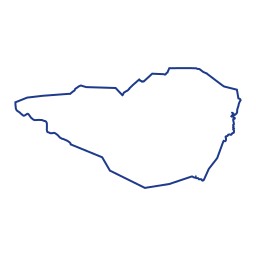 outline of Yocon, Olancho, Honduras
{"feature_id": "27666195B97236146307678", "entity_name": "Yocon", "entity_type": "district", "adm_level": 2, "iso_a3": "HND", "parent_name": "Honduras", "parent_adm1": "Olancho", "projection": "natural_earth1", "projection_center": [-86.786, 14.955], "detail": "fine", "context": "isolated", "style": "outline", "palette": "blue", "viewbox_px": 256, "rotation_deg": 0, "n_neighbors": 0, "source": "geoboundaries", "source_scale": "gbopen_adm2", "svg_char_len": 5246}
<svg xmlns="http://www.w3.org/2000/svg" viewBox="0 0 256 256"><path d="M70.7,144.4L102.2,157.3L109.9,170.6L144.9,187.9L169.3,184.0L191.4,176.6L191.9,176.5L192.5,176.6L193.3,177.1L193.5,177.2L194.1,177.5L195.0,177.6L195.6,177.6L195.8,177.2L195.9,177.5L196.0,177.7L196.2,177.9L196.3,178.1L196.6,178.1L197.1,178.1L197.6,178.2L197.9,178.2L198.0,178.2L198.1,178.3L198.6,178.8L198.8,179.1L199.0,179.2L199.1,179.3L199.3,179.3L199.8,179.2L200.6,179.2L201.0,179.2L201.3,179.3L201.5,179.4L201.6,179.5L201.8,179.9L201.8,180.0L202.0,180.2L202.1,180.4L202.3,180.5L202.5,180.6L202.9,180.6L203.1,180.5L203.4,180.2L203.6,180.0L203.9,179.8L208.8,168.9L217.2,158.1L223.1,142.0L223.2,141.7L223.7,140.9L224.1,141.1L224.5,141.2L225.1,141.2L225.3,141.1L225.5,140.9L225.7,140.7L225.8,140.5L225.9,140.2L225.9,139.9L226.0,139.3L226.0,138.8L225.9,138.6L226.0,138.3L225.9,138.1L225.9,137.9L225.7,137.4L225.6,137.1L225.6,136.8L225.7,136.7L225.8,136.5L226.1,136.3L226.5,136.2L226.8,136.2L227.0,136.1L227.4,135.9L227.6,135.7L227.8,135.5L227.9,135.3L228.2,134.9L228.3,134.7L228.6,134.7L229.3,134.5L229.8,134.4L230.1,134.5L230.5,134.7L230.8,134.8L231.0,134.8L231.2,134.7L231.4,134.6L231.6,134.3L231.8,134.1L232.0,133.6L232.2,133.4L232.4,133.2L232.5,133.2L233.1,132.9L233.3,132.9L233.5,132.9L233.7,132.7L233.8,132.6L233.9,132.4L233.9,131.9L234.0,131.0L234.0,130.7L233.9,130.4L233.8,130.2L233.2,129.4L233.1,129.1L233.3,128.9L233.9,128.7L234.0,128.6L233.9,128.4L233.8,128.1L233.1,127.3L233.1,127.2L233.3,126.8L233.3,126.7L233.5,126.6L233.6,126.4L233.6,126.2L233.3,125.7L233.2,125.4L233.2,125.2L233.2,124.9L233.4,124.8L233.5,124.6L233.8,124.4L233.8,124.2L233.9,123.9L233.8,123.3L233.6,121.9L233.4,121.2L233.3,120.9L233.3,120.7L233.2,120.2L233.3,119.5L233.2,119.3L233.2,119.1L233.3,119.0L233.5,118.9L233.8,119.0L234.0,119.0L234.2,118.9L234.6,118.7L234.8,118.4L234.8,118.1L234.7,118.0L234.6,117.9L234.3,117.8L234.2,117.8L234.1,117.7L233.7,117.3L233.5,117.0L233.4,116.9L233.2,116.7L232.7,116.6L232.2,116.6L231.8,116.6L231.7,116.6L231.5,116.4L231.4,116.3L231.5,116.2L231.7,115.9L231.8,115.9L231.9,115.7L232.0,115.6L232.4,115.3L232.5,115.2L232.7,114.7L232.8,114.5L232.8,114.3L232.5,113.1L232.4,112.9L232.5,112.9L232.6,113.0L233.0,113.3L233.4,113.7L233.8,114.5L234.1,114.9L234.3,115.0L234.6,115.1L235.5,114.4L235.9,114.0L236.5,113.5L236.6,113.4L236.7,113.2L236.8,112.9L236.9,112.7L237.0,112.4L237.1,112.2L237.2,110.1L237.2,109.8L237.3,109.4L237.4,109.1L237.6,108.4L237.9,107.6L237.9,107.2L238.0,107.0L238.1,106.8L238.3,106.4L238.4,106.0L238.5,105.6L238.6,104.8L238.8,104.0L238.9,103.8L239.0,103.4L239.6,101.9L239.9,101.4L240.1,100.9L240.4,100.6L240.5,100.4L240.6,100.2L240.5,99.8L240.3,99.4L240.2,99.2L239.6,98.8L239.0,98.6L238.4,98.4L236.9,89.7L224.1,86.5L222.0,85.1L206.8,73.6L206.7,73.5L206.6,73.3L206.4,73.3L206.0,73.2L204.9,72.7L203.8,72.2L203.1,71.8L202.8,71.7L202.5,71.4L201.4,70.5L201.3,70.4L201.0,70.3L200.8,70.2L200.7,70.1L200.4,69.8L200.1,69.5L199.8,69.3L199.5,69.1L199.3,69.1L199.1,69.0L197.5,68.9L197.2,68.8L196.9,68.7L196.5,68.4L196.3,68.3L196.1,68.3L195.9,68.3L189.7,68.1L169.3,68.2L167.4,72.6L166.9,72.7L166.7,72.9L166.0,73.7L165.7,74.3L165.1,74.6L164.8,74.6L164.4,74.4L164.0,74.2L152.2,73.7L143.8,81.4L143.7,81.4L143.5,81.5L143.4,81.5L143.2,81.5L143.0,81.4L142.9,81.3L142.6,81.4L142.4,81.6L142.1,81.7L141.7,81.5L141.3,81.1L141.2,81.0L140.9,80.9L140.6,80.9L140.4,80.8L140.2,80.7L139.6,79.8L139.4,79.7L139.2,79.5L132.9,85.0L129.2,88.6L129.2,89.0L128.6,89.5L127.9,90.2L127.7,90.4L127.4,90.6L126.7,91.0L126.0,91.3L124.8,92.1L124.2,92.4L123.8,92.8L123.3,93.7L123.0,94.5L122.7,95.0L122.4,95.2L115.6,88.0L86.3,87.1L83.1,86.2L80.9,85.5L80.3,85.7L79.7,86.0L79.0,86.3L78.2,86.8L77.3,87.5L76.2,88.2L75.2,88.9L74.7,90.2L74.5,90.5L73.5,91.2L72.8,91.6L72.2,92.2L71.3,92.8L70.2,93.9L68.0,93.9L62.5,94.3L42.6,95.8L27.2,97.6L15.4,102.3L15.4,102.9L15.5,105.3L15.7,106.6L15.7,107.5L15.8,108.0L15.8,108.4L16.0,108.9L16.2,109.4L16.4,109.8L16.5,110.0L16.9,110.5L17.2,110.8L17.5,111.0L17.8,111.2L19.9,112.6L20.1,112.8L20.4,113.2L20.7,113.5L21.6,114.2L22.9,115.3L23.3,115.5L23.5,115.7L23.8,115.7L24.2,115.6L24.7,115.4L25.2,115.2L26.5,114.3L27.2,113.9L27.3,113.8L27.5,113.8L27.8,113.8L28.0,113.9L28.2,114.0L28.5,114.3L28.7,114.5L29.3,115.3L30.5,117.0L30.9,117.5L31.2,117.9L32.0,118.5L32.9,119.3L33.4,119.6L33.8,119.8L34.1,119.9L34.5,120.0L35.1,120.1L35.5,120.1L36.7,120.0L38.5,119.9L40.9,120.0L41.8,120.0L42.0,120.1L42.9,120.4L44.1,120.9L44.4,121.0L44.8,121.0L45.1,121.1L45.3,121.2L45.6,121.3L45.8,121.4L46.0,121.6L46.2,121.8L46.3,122.0L46.5,122.4L46.7,122.7L46.7,123.0L46.8,123.2L46.9,124.1L46.9,125.4L46.9,126.8L46.9,128.5L46.8,129.2L46.8,129.7L46.9,130.2L47.1,131.1L47.2,131.5L47.3,131.8L47.6,132.1L47.9,132.2L49.2,132.6L49.4,132.7L49.7,132.9L49.9,133.0L50.1,133.1L50.4,133.2L51.0,133.2L51.6,133.2L52.1,133.2L52.6,133.1L53.1,133.0L53.4,133.0L53.6,132.9L53.9,132.9L54.2,132.9L54.5,133.0L54.9,133.1L55.2,133.3L55.6,133.5L56.4,134.1L57.2,134.7L57.9,135.3L58.9,136.4L59.2,136.7L59.6,137.2L59.7,137.4L59.9,137.5L60.9,138.1L62.1,138.8L62.4,138.9L63.0,138.9L63.3,139.0L63.8,139.2L64.6,139.6L66.1,140.2L66.8,140.5L67.8,141.1L68.4,141.5L69.0,141.9L69.5,142.3L69.8,142.6L70.3,143.1L70.4,143.3L70.5,143.5L70.7,143.9L70.7,144.1L70.7,144.3L70.7,144.4Z" fill="none" stroke="#1e3a8a" stroke-width="2"/></svg>